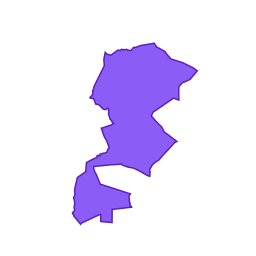 Santiago Huauclilla, Oaxaca, Mexico, rotated 154°
{"feature_id": "50627088B40997107404186", "entity_name": "Santiago Huauclilla", "entity_type": "district", "adm_level": 2, "iso_a3": "MEX", "parent_name": "Mexico", "parent_adm1": "Oaxaca", "projection": "natural_earth1", "projection_center": [-97.024, 17.49], "detail": "fine", "context": "isolated", "style": "filled", "palette": "violet", "viewbox_px": 256, "rotation_deg": 154, "n_neighbors": 0, "source": "geoboundaries", "source_scale": "gbopen_adm2", "svg_char_len": 2372}
<svg xmlns="http://www.w3.org/2000/svg" viewBox="0 0 256 256"><g transform="rotate(154 128 128)"><path d="M129.7,75.0L127.7,78.2L126.9,80.6L126.6,81.3L123.7,83.2L121.8,84.4L117.0,85.5L114.6,85.6L106.8,88.9L101.0,91.0L92.6,94.4L90.0,94.5L97.2,108.7L97.2,114.0L99.4,120.1L101.8,128.5L98.6,131.2L74.0,134.9L70.1,130.8L66.2,139.0L63.7,143.3L61.2,144.0L59.1,144.9L56.1,144.5L50.8,144.5L40.7,149.0L43.0,153.4L50.1,162.6L58.8,170.9L59.0,171.0L60.6,176.4L61.3,180.7L66.7,188.3L67.3,192.7L80.9,196.7L82.5,196.8L84.1,196.9L85.6,197.0L87.1,197.8L88.4,197.8L91.2,196.2L92.1,196.9L93.5,197.8L94.8,199.3L96.9,199.9L98.3,200.8L99.5,201.6L101.2,201.1L102.4,202.3L104.2,202.4L106.2,201.8L107.7,201.6L109.4,201.3L110.8,201.0L112.1,201.4L113.7,202.8L114.7,204.2L115.3,206.0L119.6,200.3L122.0,194.4L138.9,181.3L141.3,179.2L142.2,177.9L143.2,177.1L144.0,175.9L144.5,173.9L148.7,172.1L149.0,171.8L146.0,169.3L146.5,163.6L144.1,161.8L142.0,155.9L140.4,154.4L139.8,154.3L137.3,154.6L137.3,153.1L139.5,148.7L139.9,145.2L140.3,144.2L139.5,141.8L139.7,139.8L138.8,138.5L139.2,138.4L140.9,138.1L141.6,138.1L145.0,138.5L152.1,139.5L153.1,131.0L152.8,125.2L152.9,124.1L153.6,118.5L154.0,118.3L155.6,117.6L156.5,116.7L158.0,115.3L159.5,115.6L160.7,116.0L162.0,116.3L164.0,116.5L164.8,116.7L164.8,116.2L165.3,115.3L166.8,115.8L167.0,116.7L168.0,116.6L169.0,115.2L174.6,115.4L180.5,115.1L185.1,107.3L195.2,105.7L201.8,97.6L203.3,95.2L203.7,94.7L204.0,93.8L204.3,92.7L204.6,92.1L205.1,91.2L205.4,90.9L205.9,90.4L207.0,89.7L207.5,89.3L207.6,88.7L207.7,88.0L207.9,87.1L208.0,86.5L208.3,85.4L208.6,84.4L209.2,83.1L209.7,82.3L210.2,81.8L210.6,81.3L211.1,80.6L211.3,79.9L211.6,79.0L211.8,78.2L212.2,77.5L212.7,77.0L213.7,76.6L214.7,76.4L214.9,76.3L215.3,75.5L215.3,74.7L215.1,74.3L214.8,73.3L215.2,72.9L215.3,72.8L212.8,62.2L212.0,62.9L205.1,62.8L196.8,62.7L194.4,62.7L191.4,62.5L190.4,62.1L193.5,55.9L187.0,52.0L183.8,50.0L177.9,61.8L161.0,55.8L160.2,55.5L159.5,55.2L159.3,56.0L159.5,56.5L160.0,57.0L160.2,57.4L160.2,57.9L160.0,58.3L159.1,58.9L159.1,60.7L159.0,61.3L158.6,62.1L158.2,63.2L157.8,63.9L157.7,64.2L157.6,65.0L157.1,66.1L154.7,67.9L155.4,68.4L155.6,68.5L163.3,76.0L177.6,89.7L176.9,99.2L177.0,105.0L175.8,108.5L170.0,106.3L160.7,102.9L155.2,100.6L149.4,98.3L149.4,97.3L145.3,93.0L140.5,89.4L136.9,84.9L134.1,80.8L131.7,77.2L129.7,75.0Z" fill="#8b5cf6" stroke="#5b21b6" stroke-width="1.5"/></g></svg>